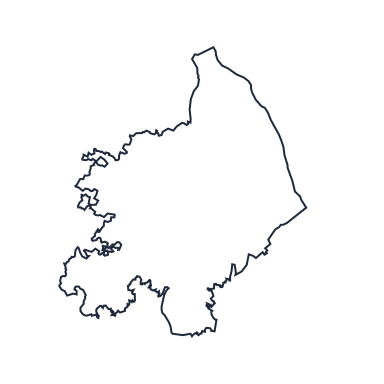 outline of Nawabganj, Rajshahi, Bangladesh, rotated 194°
{"feature_id": "16705992B76725860359822", "entity_name": "Nawabganj", "entity_type": "district", "adm_level": 2, "iso_a3": "BGD", "parent_name": "Bangladesh", "parent_adm1": "Rajshahi", "projection": "robinson", "projection_center": [88.409, 24.691], "detail": "fine", "context": "isolated", "style": "outline", "palette": "slate", "viewbox_px": 384, "rotation_deg": 194, "n_neighbors": 0, "source": "geoboundaries", "source_scale": "gbopen_adm2", "svg_char_len": 5967}
<svg xmlns="http://www.w3.org/2000/svg" viewBox="0 0 384 384"><g transform="rotate(194 192 192)"><path d="M253.4,47.2L252.4,47.1L252.6,49.5L255.2,49.9L254.4,51.0L255.8,52.4L256.4,54.5L255.8,56.4L253.4,59.4L252.5,59.5L251.7,58.7L250.9,59.3L250.3,58.3L249.9,60.5L248.2,60.9L244.7,58.2L242.5,59.1L242.0,57.1L240.5,57.6L239.7,57.0L240.5,55.9L239.2,55.6L240.1,53.2L238.3,53.8L236.8,53.2L236.5,53.9L237.6,55.2L235.7,57.0L235.0,59.0L232.7,57.6L228.2,60.5L228.9,62.8L226.9,64.9L227.4,67.5L226.1,66.8L225.7,67.3L226.0,70.3L226.7,71.6L225.1,71.6L223.8,70.7L223.5,72.4L222.2,71.4L221.4,71.7L221.2,73.2L222.9,79.2L224.6,78.6L225.8,79.5L225.0,82.9L227.1,81.6L230.1,81.6L231.4,85.4L230.4,85.9L230.3,87.4L229.5,87.6L229.7,89.3L227.8,92.9L225.7,93.3L226.1,95.0L224.9,96.0L225.1,96.9L224.3,97.1L222.3,97.1L219.8,94.4L220.1,92.5L219.5,90.1L218.0,90.3L217.7,91.6L215.6,91.2L215.7,92.2L213.5,93.3L212.2,96.1L211.6,96.4L210.7,95.5L210.9,94.6L209.2,91.6L209.4,90.7L210.4,90.9L211.0,88.9L209.3,89.3L208.7,87.6L206.2,87.0L203.6,88.6L203.8,87.1L201.6,86.3L200.1,87.7L199.9,85.8L199.1,85.7L199.7,82.8L199.3,82.5L197.7,83.3L196.0,86.1L195.2,92.9L193.6,93.7L191.4,93.0L193.1,90.0L194.1,85.3L193.8,73.7L193.0,70.3L191.5,67.5L188.9,66.0L182.7,59.8L180.3,56.4L177.9,50.7L176.5,49.8L166.2,50.9L159.2,54.1L157.1,52.0L156.0,54.3L153.4,56.9L152.6,56.5L153.2,55.6L151.0,54.7L149.5,56.9L148.6,56.9L148.5,59.5L145.6,59.5L146.2,61.3L145.2,63.7L141.6,64.2L139.9,62.9L139.8,62.0L136.4,62.3L137.4,74.0L139.0,73.9L141.3,75.5L143.5,78.0L144.3,80.5L143.6,81.6L147.3,82.8L147.2,85.1L148.8,83.8L149.5,85.0L150.5,85.1L150.5,86.3L149.8,87.0L150.3,87.6L149.2,87.5L148.9,86.7L146.7,87.2L145.3,85.4L143.0,89.6L144.2,90.1L144.3,91.2L146.4,91.6L148.0,93.1L146.0,96.2L149.0,100.8L151.8,100.6L153.4,101.6L153.2,102.5L151.0,102.1L147.3,103.7L148.2,107.9L146.6,108.7L146.0,107.8L142.2,108.3L142.0,106.1L142.0,107.9L140.4,107.8L140.4,106.9L139.5,107.3L139.5,111.3L140.5,111.3L137.8,112.2L138.1,112.9L137.6,112.9L137.1,115.3L137.7,116.2L134.8,116.3L134.4,115.2L133.6,115.3L134.5,118.5L134.5,124.9L135.5,131.6L133.0,131.7L129.8,124.1L129.8,122.1L124.6,126.9L121.3,134.6L121.8,145.2L117.2,144.8L114.0,143.4L108.9,150.7L106.5,148.7L104.6,150.7L105.9,151.4L104.8,153.6L107.4,155.1L103.4,160.5L106.5,164.2L102.1,175.9L98.9,179.1L97.9,181.6L95.6,182.3L92.5,184.8L77.4,204.4L84.2,211.0L86.1,213.9L92.2,217.3L97.2,226.9L105.0,238.5L105.9,241.4L111.1,250.0L114.2,257.8L117.6,263.3L121.5,268.7L132.8,280.8L137.5,287.3L141.5,291.2L145.5,292.1L152.4,296.9L157.7,303.0L159.9,306.9L160.5,309.9L163.8,313.1L169.3,315.6L177.0,316.8L186.8,320.6L193.3,321.9L199.0,326.2L201.7,330.5L203.2,334.4L206.3,337.6L219.4,326.5L222.6,326.2L224.1,321.0L216.9,313.6L215.4,308.3L213.7,306.2L213.8,304.4L212.5,303.1L211.9,296.5L214.6,290.4L215.6,282.0L214.3,271.6L210.9,262.3L210.3,258.9L213.0,259.3L212.2,257.0L213.5,255.7L216.1,256.7L218.4,256.6L222.7,251.9L224.9,247.1L230.6,247.7L235.0,243.3L235.2,240.2L237.1,238.8L237.9,238.6L239.1,240.9L240.8,240.9L240.6,242.9L241.6,243.2L241.4,240.2L242.5,238.8L246.8,238.9L247.5,240.0L251.1,240.5L253.0,238.4L254.1,238.4L254.8,237.1L260.3,235.6L262.5,232.1L265.9,231.9L265.8,230.9L263.6,228.5L263.8,224.2L264.1,223.1L265.1,222.5L268.5,222.1L269.4,220.1L269.5,217.8L265.0,215.2L264.7,214.3L266.6,212.8L271.1,213.3L271.6,209.6L270.8,206.6L271.7,205.0L274.1,204.4L275.0,205.7L277.5,207.4L281.6,207.9L281.3,208.9L282.2,209.5L285.1,209.5L285.6,207.8L289.4,209.4L290.2,208.7L292.4,209.2L294.7,208.7L296.0,210.5L297.1,210.3L297.4,209.1L296.0,205.8L298.8,203.7L301.8,205.1L301.8,201.0L306.2,202.0L305.9,200.7L306.6,197.5L306.0,196.8L302.2,197.3L300.9,198.8L297.2,198.5L296.4,200.1L292.2,198.6L289.2,203.9L284.9,202.2L280.8,199.2L282.9,195.4L285.3,196.1L287.2,195.5L289.7,195.7L292.1,197.7L293.4,197.3L294.1,195.3L293.5,194.6L296.5,192.5L296.0,190.0L296.4,186.6L295.5,185.0L295.6,183.9L297.0,182.8L300.1,182.0L300.6,178.2L303.7,177.5L305.6,170.9L306.6,169.8L306.2,169.1L303.2,169.0L298.3,166.7L296.1,169.6L292.8,169.6L290.0,168.4L288.8,168.9L287.6,171.2L284.1,170.4L284.1,166.5L285.4,162.2L280.9,160.9L282.2,156.4L287.2,155.0L289.6,155.9L289.8,162.3L291.9,162.3L294.5,164.0L296.9,161.7L298.9,163.3L297.9,161.3L298.1,160.1L296.4,157.5L298.4,154.8L299.2,151.1L298.8,149.5L296.0,150.2L295.2,149.3L293.5,149.6L292.0,148.6L290.2,152.9L288.6,154.2L286.5,152.8L286.9,151.5L286.0,151.7L281.1,149.3L281.7,147.2L279.6,146.3L276.8,146.7L275.9,147.4L271.3,146.4L268.7,150.7L261.5,151.3L261.2,148.6L264.3,147.9L263.8,144.4L266.6,142.5L269.7,142.8L270.0,140.2L269.3,137.8L270.5,136.1L272.3,130.8L273.0,130.6L273.5,132.6L274.2,133.1L276.1,127.3L275.5,125.8L278.0,122.6L277.5,121.2L276.7,120.6L273.0,122.3L272.6,124.0L271.4,125.1L269.8,125.1L268.3,122.7L268.5,121.9L267.3,121.1L264.5,122.7L261.9,122.2L261.2,121.6L261.5,120.6L260.8,119.4L261.6,118.3L265.5,118.1L264.7,115.7L264.9,113.8L262.8,113.4L260.7,114.0L260.7,114.5L262.8,114.0L263.7,114.5L261.9,117.6L259.1,117.5L257.4,120.3L256.3,120.8L256.5,121.9L254.4,122.0L252.6,125.1L250.4,125.6L247.9,123.7L248.7,118.3L249.6,118.0L249.5,119.6L250.4,120.0L252.9,119.2L254.7,119.8L256.0,119.0L256.8,117.2L254.0,115.3L255.6,114.3L258.7,114.2L259.0,112.6L258.3,110.8L261.1,109.1L262.4,109.6L262.6,111.6L264.5,110.9L265.7,109.1L267.1,109.0L268.0,110.0L267.7,112.1L272.1,113.6L274.9,109.6L281.8,110.1L282.7,108.8L280.5,107.5L278.4,104.6L276.6,104.9L278.4,101.9L282.8,102.9L285.8,106.1L288.4,110.2L289.6,110.8L290.9,107.3L290.2,101.1L291.4,100.1L293.1,100.0L293.1,98.9L294.8,97.3L295.0,94.7L296.5,93.7L296.7,92.0L298.7,91.7L296.4,88.6L296.4,87.2L295.2,86.2L295.6,84.0L294.2,81.8L294.7,79.6L296.9,79.2L298.5,77.9L298.5,73.8L297.0,71.8L298.0,69.8L297.9,68.4L294.6,65.6L291.5,65.0L288.1,61.3L282.8,64.6L279.2,64.7L280.1,68.2L282.5,69.1L282.4,71.2L281.7,72.1L279.0,72.9L276.9,71.1L274.0,70.7L270.1,66.2L270.5,64.6L269.9,63.2L270.7,59.2L270.0,57.5L272.2,52.5L271.2,49.2L268.1,46.9L266.1,46.4L264.5,46.5L260.0,49.0L259.2,47.7L255.4,49.9L253.4,47.2Z" fill="none" stroke="#1e293b" stroke-width="2"/></g></svg>